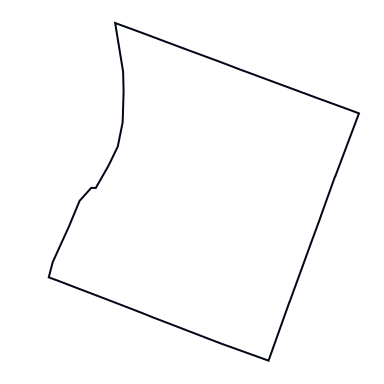 Lake, Illinois, United States of America, rotated 200°
{"feature_id": "52423323B38563431849578", "entity_name": "Lake", "entity_type": "district", "adm_level": 2, "iso_a3": "USA", "parent_name": "United States of America", "parent_adm1": "Illinois", "projection": "equal_earth", "projection_center": [-87.971, 42.324], "detail": "fine", "context": "isolated", "style": "outline", "palette": "ink", "viewbox_px": 384, "rotation_deg": 200, "n_neighbors": 0, "source": "geoboundaries", "source_scale": "gbopen_adm2", "svg_char_len": 718}
<svg xmlns="http://www.w3.org/2000/svg" viewBox="0 0 384 384"><g transform="rotate(200 192 192)"><path d="M62.0,323.0L90.9,323.1L101.0,323.1L108.1,323.1L165.8,323.4L177.2,323.5L188.7,323.5L211.7,323.9L217.4,323.9L218.6,323.9L246.4,324.0L269.5,324.2L285.5,324.4L322.0,324.5L297.9,281.5L290.7,263.2L281.0,233.8L277.3,209.4L279.1,191.4L279.6,187.3L283.8,162.9L288.1,161.4L294.6,145.3L295.6,122.9L295.7,119.9L295.8,117.7L297.2,100.1L298.9,78.4L297.4,62.8L288.4,62.8L272.0,62.5L240.0,62.0L238.7,62.0L196.8,61.2L185.7,60.8L150.6,60.2L124.4,59.7L112.0,59.5L62.4,59.7L62.8,121.6L62.7,121.6L62.7,136.2L62.7,188.4L62.6,209.9L62.7,214.1L62.9,255.6L62.7,255.7L62.0,323.0Z" fill="none" stroke="#020617" stroke-width="2"/></g></svg>